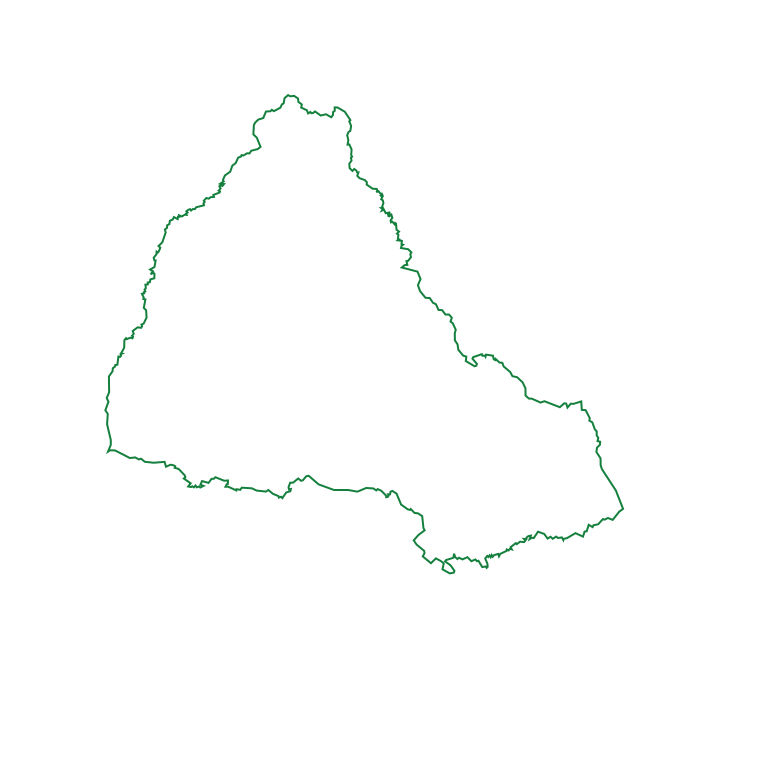 outline of Ngawi, Jawa Timur, Indonesia, rotated 33°
{"feature_id": "22746128B17210029520680", "entity_name": "Ngawi", "entity_type": "district", "adm_level": 2, "iso_a3": "IDN", "parent_name": "Indonesia", "parent_adm1": "Jawa Timur", "projection": "robinson", "projection_center": [111.347, -7.432], "detail": "fine", "context": "isolated", "style": "outline", "palette": "green", "viewbox_px": 768, "rotation_deg": 33, "n_neighbors": 0, "source": "geoboundaries", "source_scale": "gbopen_adm2", "svg_char_len": 6165}
<svg xmlns="http://www.w3.org/2000/svg" viewBox="0 0 768 768"><g transform="rotate(33 384 384)"><path d="M212.1,181.0L202.8,177.0L194.4,177.4L192.0,178.9L193.9,181.7L193.2,183.7L194.7,186.2L194.5,189.0L188.4,189.4L184.7,193.3L177.7,193.0L176.9,195.4L175.6,196.5L174.1,196.0L173.0,198.4L170.2,196.4L164.0,197.3L162.8,194.3L158.5,194.0L156.4,191.4L151.7,191.3L148.8,193.7L146.2,194.0L144.9,198.4L147.0,203.3L146.1,205.1L146.6,208.7L143.0,215.2L140.6,215.1L140.2,217.1L136.6,219.8L137.9,226.7L134.5,230.8L133.6,234.9L133.8,237.6L138.5,245.8L143.2,246.7L151.3,252.4L150.1,255.8L145.6,260.7L145.6,263.9L143.5,265.1L141.7,268.9L139.9,269.6L140.2,271.1L138.4,273.6L139.3,279.4L137.9,283.5L139.4,289.7L137.0,295.8L137.8,300.7L139.2,301.3L137.7,304.9L140.9,303.4L140.6,306.0L138.4,306.5L138.2,307.8L140.5,309.1L140.0,311.9L141.6,311.9L141.8,313.0L137.9,318.4L139.5,319.7L136.9,321.7L136.1,324.0L133.7,324.8L133.1,328.5L134.5,329.1L134.2,330.8L135.7,332.2L130.2,338.1L130.2,340.3L128.4,341.4L127.7,343.6L126.1,343.0L125.0,344.5L124.2,346.7L125.9,347.2L125.2,348.7L126.4,349.6L124.7,350.5L123.2,353.6L120.3,354.1L121.3,355.2L120.1,355.9L121.1,358.1L116.9,358.4L117.2,361.2L115.5,363.7L116.9,366.8L115.7,369.1L117.0,371.2L116.1,373.7L118.4,375.9L120.9,385.9L119.8,391.1L122.1,391.5L122.9,395.1L122.7,396.9L121.2,396.8L122.5,399.3L122.1,403.6L124.2,405.4L125.2,404.8L127.8,410.9L125.5,415.4L128.9,415.3L128.5,419.0L130.1,416.4L131.4,416.5L133.8,420.4L131.1,423.5L132.2,426.1L130.6,427.5L131.7,429.1L129.8,430.6L132.1,433.4L131.8,435.3L133.4,436.4L132.6,437.9L133.4,438.6L131.9,440.3L135.4,442.3L135.9,443.8L137.8,443.0L141.1,451.0L144.3,451.7L148.7,457.6L149.5,464.3L148.2,466.2L149.7,467.3L149.7,469.1L146.5,470.7L144.4,476.4L146.8,478.2L146.4,480.8L147.8,481.1L148.1,482.7L146.1,483.3L143.8,486.5L142.7,486.1L142.4,488.6L146.4,495.2L146.8,501.5L147.7,501.2L146.8,502.5L148.1,503.6L147.8,505.1L146.3,505.6L149.9,513.1L148.3,514.5L148.9,515.9L148.0,518.5L149.4,521.2L149.2,527.5L158.0,540.7L159.1,546.8L162.6,549.0L164.6,557.8L168.6,559.5L173.7,568.6L185.3,579.7L188.0,583.8L189.4,591.0L190.4,588.8L194.6,586.2L211.2,584.5L215.3,581.1L219.6,580.7L220.9,579.0L225.8,579.5L233.7,575.5L242.4,568.8L246.2,572.1L249.0,567.9L252.2,566.7L253.7,566.7L254.1,568.3L257.9,567.1L266.6,569.1L268.2,570.4L267.6,572.3L275.9,572.6L275.6,576.6L278.5,575.4L278.9,574.2L280.9,574.2L281.2,571.8L283.3,572.6L284.6,570.8L286.3,570.9L288.1,567.8L284.9,568.5L284.3,564.5L290.7,562.5L291.0,557.5L292.9,556.2L293.4,554.0L302.6,552.2L305.7,549.9L307.5,552.9L306.7,553.7L307.0,556.5L309.3,555.0L318.1,553.7L317.6,552.6L321.1,551.0L321.2,548.4L330.1,543.4L335.1,542.8L343.6,538.5L344.7,535.9L350.6,536.6L356.6,535.5L357.7,536.5L359.1,534.6L360.9,535.1L361.1,528.2L363.8,525.0L363.1,522.8L361.8,524.1L360.1,522.5L359.1,517.9L361.5,516.2L363.5,510.0L367.2,510.3L368.4,509.0L369.0,503.8L370.8,502.0L383.8,503.8L399.9,500.1L411.7,492.4L420.3,488.8L425.7,480.9L431.9,477.4L435.5,477.5L435.9,475.6L439.8,475.0L446.7,476.5L447.5,477.7L448.6,476.7L448.7,475.1L447.5,474.3L449.1,473.2L448.1,470.8L449.3,469.1L454.2,469.1L464.0,475.8L472.1,476.2L474.4,475.5L474.5,474.3L479.9,475.5L482.8,474.0L488.0,474.0L495.5,483.3L497.8,484.6L495.1,491.9L494.1,498.9L498.7,500.9L508.6,502.1L510.1,503.8L510.4,507.5L521.0,508.7L522.5,502.0L528.2,501.5L531.8,501.9L534.0,507.6L542.4,507.0L545.3,504.1L544.8,502.3L538.5,499.8L531.8,499.5L531.9,497.9L536.8,492.0L535.2,488.1L537.9,490.4L540.9,490.8L541.6,488.8L545.3,488.4L548.3,483.8L553.8,485.0L556.2,481.4L558.5,482.0L559.5,480.8L566.1,484.0L568.8,481.6L570.2,482.3L570.5,480.8L568.6,478.4L563.9,475.2L564.2,472.0L565.7,472.3L565.8,470.3L567.8,471.2L567.4,468.8L569.3,469.7L569.6,467.4L572.3,464.3L574.3,465.9L574.0,463.2L577.7,457.2L577.1,455.9L579.2,455.7L579.4,453.5L581.2,453.1L579.1,451.8L581.2,445.7L582.6,446.0L584.0,442.1L587.6,440.3L587.8,438.2L585.7,437.7L587.9,436.4L587.2,435.1L587.9,433.0L589.7,431.2L590.6,434.8L591.6,432.5L593.5,431.7L593.6,424.0L600.0,422.5L605.4,424.5L606.9,421.4L609.8,421.9L611.5,418.2L613.8,418.4L616.7,415.8L619.4,417.2L619.0,416.0L621.4,413.6L625.8,404.8L634.0,403.6L632.6,398.5L634.2,397.2L632.4,390.6L636.9,390.4L636.6,388.4L640.0,385.0L641.2,378.0L642.8,377.7L644.8,374.4L649.8,373.4L650.8,363.0L652.5,358.5L636.4,347.0L613.1,336.7L610.0,334.2L606.1,328.4L599.1,325.3L597.3,321.3L598.2,317.3L596.7,314.7L594.2,315.6L593.1,312.5L590.4,311.3L588.1,307.8L585.5,307.2L579.6,302.7L576.2,302.9L575.2,300.6L567.3,296.1L564.0,298.0L558.9,291.2L553.6,297.6L551.4,298.7L550.7,303.8L547.5,301.2L545.7,302.0L544.1,307.7L527.9,311.1L525.4,314.3L515.9,315.8L513.5,317.3L509.0,316.6L505.0,310.6L499.3,307.1L491.9,305.8L487.5,307.5L483.3,305.2L474.8,304.1L471.7,301.8L469.1,303.1L463.9,302.2L464.3,303.3L462.6,303.5L459.9,300.9L453.6,303.8L454.3,305.9L453.0,305.3L451.2,306.7L449.8,305.7L444.2,312.9L444.4,314.6L450.9,316.5L451.5,318.3L450.3,319.8L440.1,320.2L438.1,316.2L434.9,317.1L427.7,314.8L424.1,310.7L419.7,308.8L415.7,302.9L414.7,299.5L408.6,295.6L405.8,295.4L404.8,291.5L400.7,290.3L397.7,292.3L392.6,290.4L389.4,292.2L384.1,288.8L380.8,289.2L375.5,287.0L371.9,289.1L363.7,286.5L358.6,282.6L357.5,276.1L350.9,271.5L335.5,276.6L336.6,273.0L338.7,271.4L335.9,268.7L337.1,267.7L337.6,263.0L335.4,260.9L335.3,258.7L330.9,257.8L324.2,260.7L323.4,258.4L324.1,256.8L322.5,257.1L321.0,254.2L317.3,256.0L317.8,254.5L316.6,254.7L314.8,251.0L313.0,250.8L313.6,248.0L310.5,247.8L306.8,243.0L305.7,242.9L306.0,244.3L302.5,243.3L301.8,244.6L300.4,243.2L300.5,240.1L298.1,238.1L296.8,241.2L296.8,239.5L296.1,240.6L295.0,239.5L295.9,238.0L295.1,237.2L292.4,239.8L288.9,237.8L287.8,239.6L287.7,237.9L285.8,237.9L287.0,236.8L285.8,236.1L285.0,232.6L283.0,230.6L281.0,230.6L280.8,228.2L279.1,227.8L280.3,226.8L278.5,225.6L277.9,226.4L274.3,225.3L273.2,227.3L273.2,225.7L271.7,224.4L268.1,226.4L260.9,226.2L259.7,224.1L256.9,223.4L251.4,224.7L248.2,224.0L247.3,220.4L246.3,221.1L244.5,220.0L241.9,219.9L241.5,222.5L237.6,221.7L234.9,218.1L235.1,214.3L233.0,212.3L233.5,210.8L231.8,209.9L229.1,205.0L224.5,202.0L223.1,203.1L221.3,198.9L217.7,195.5L217.0,191.9L217.9,190.1L215.9,185.5L211.8,182.6L212.1,181.0Z" fill="none" stroke="#15803d" stroke-width="2"/></g></svg>